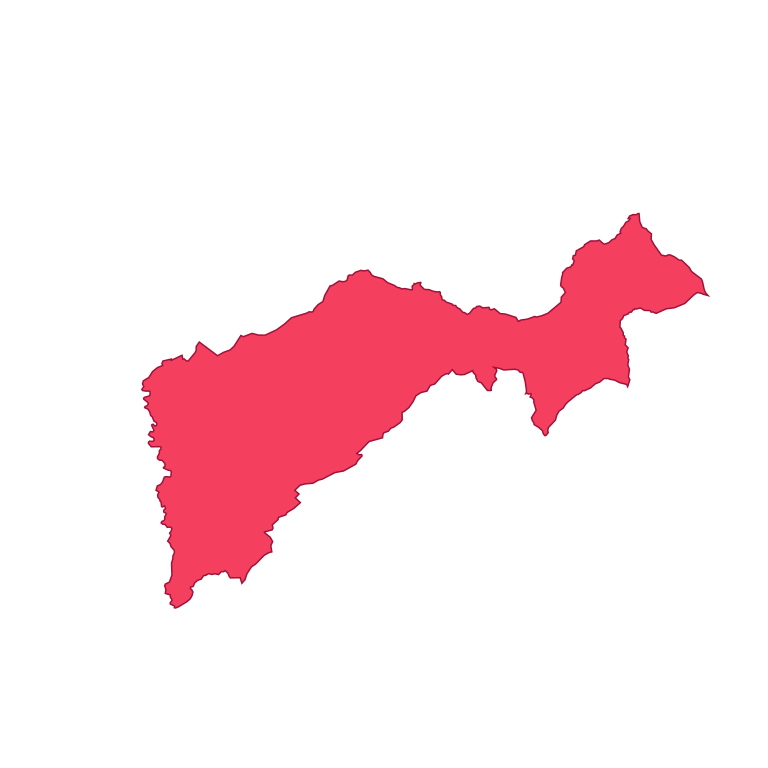 the district of Zabala, Covasna, Romania, rotated 318°
{"feature_id": "2599482B30667106455324", "entity_name": "Zabala", "entity_type": "district", "adm_level": 2, "iso_a3": "ROU", "parent_name": "Romania", "parent_adm1": "Covasna", "projection": "albers", "projection_center": [26.222, 45.876], "detail": "fine", "context": "isolated", "style": "filled", "palette": "rose", "viewbox_px": 768, "rotation_deg": 318, "n_neighbors": 0, "source": "geoboundaries", "source_scale": "gbopen_adm2", "svg_char_len": 6151}
<svg xmlns="http://www.w3.org/2000/svg" viewBox="0 0 768 768"><g transform="rotate(318 384 384)"><path d="M78.5,409.9L79.2,411.0L82.3,412.1L91.8,413.9L96.4,414.0L100.0,412.7L102.8,410.7L103.5,408.1L103.2,406.5L104.5,405.5L106.7,406.8L110.0,405.2L114.1,405.2L117.7,406.7L121.6,405.7L123.7,407.0L126.7,407.5L128.7,410.4L131.2,411.7L133.5,414.9L137.6,414.6L139.2,416.2L141.1,416.4L141.4,420.0L140.1,423.9L140.1,425.3L147.5,431.7L145.0,437.0L149.6,436.5L155.2,433.3L163.2,431.2L168.2,431.9L180.2,431.1L185.9,432.4L188.3,433.7L191.7,428.4L195.8,426.6L196.9,421.7L195.8,414.8L196.1,413.9L203.3,417.6L205.1,416.8L206.8,413.9L214.5,413.9L216.4,412.5L223.5,415.6L226.0,414.6L233.7,416.1L242.5,416.2L241.9,409.3L247.2,408.9L246.6,403.3L253.7,403.0L258.6,405.5L264.8,410.2L271.2,411.6L274.4,413.4L288.3,417.0L295.8,421.6L309.4,424.7L313.2,423.3L319.5,422.8L320.2,421.5L318.0,419.8L317.3,417.4L322.0,417.7L334.5,416.8L346.9,423.0L349.7,420.6L351.5,420.2L355.6,422.0L359.3,421.4L362.6,422.6L370.2,423.5L373.6,422.8L378.4,417.2L381.0,418.0L386.7,418.2L393.7,416.6L399.8,414.1L405.8,415.1L411.2,418.0L417.5,416.0L421.8,418.0L431.9,416.8L436.5,417.8L438.4,419.1L438.5,419.7L444.3,419.0L444.2,425.1L447.5,428.8L450.2,430.8L458.9,433.5L458.0,435.1L458.1,438.7L456.3,441.4L455.5,444.9L457.1,448.3L456.5,458.0L458.7,460.1L459.4,460.5L461.2,458.4L465.8,456.1L470.7,456.0L471.2,455.0L471.1,453.2L472.2,451.6L476.7,449.6L477.4,448.3L476.9,445.3L479.8,448.9L482.4,453.7L491.1,460.6L493.0,463.3L493.0,466.4L494.6,468.1L494.6,469.0L490.5,476.8L486.0,483.5L484.3,485.4L482.8,486.0L484.0,486.6L484.7,488.3L486.7,489.5L486.0,490.6L483.9,491.4L484.9,493.5L484.8,496.2L483.2,497.6L479.5,505.3L471.0,507.8L469.8,510.4L469.4,513.0L468.4,514.7L469.8,519.2L470.5,524.6L469.0,527.9L469.1,530.2L470.1,530.6L473.6,530.0L474.5,528.2L476.9,526.4L487.3,525.5L491.5,522.8L495.9,521.3L501.2,521.8L505.2,520.6L509.0,520.4L520.1,520.9L521.3,521.7L525.0,522.2L527.1,521.8L528.4,523.1L534.7,525.1L541.4,525.3L545.5,526.9L551.1,527.1L554.4,530.1L554.9,531.5L558.0,535.4L560.0,540.7L564.0,546.6L563.3,549.0L569.6,545.3L570.3,542.3L576.2,537.4L578.0,532.8L582.1,529.7L582.6,527.9L584.4,526.6L585.8,522.6L589.6,520.5L589.5,516.3L593.9,512.6L593.6,510.6L594.8,509.4L594.4,507.9L596.1,506.0L597.5,500.9L597.4,499.5L602.0,495.1L605.1,495.0L607.8,493.6L612.5,495.3L614.3,494.9L616.0,496.1L619.0,495.5L619.9,496.2L621.0,496.0L621.5,497.0L624.9,498.8L625.8,499.9L626.7,503.5L630.8,507.4L630.6,509.3L632.0,510.4L633.5,513.6L644.1,517.0L650.9,521.7L661.5,525.4L674.0,525.1L677.9,525.6L680.6,529.0L681.1,530.6L684.0,535.1L684.0,531.5L685.1,528.1L689.1,521.2L690.1,518.4L687.8,506.1L688.8,501.9L688.0,491.1L686.2,489.4L684.9,483.8L683.2,479.8L681.8,478.4L678.9,477.3L676.4,473.8L677.9,461.1L679.3,455.2L683.2,451.4L682.5,447.0L682.7,443.9L680.9,441.0L680.8,440.1L682.7,434.5L687.6,428.0L686.9,427.3L684.6,426.9L682.5,424.8L679.1,423.5L676.2,424.4L677.6,425.7L675.3,426.5L671.9,425.7L667.4,427.1L664.6,427.1L661.2,428.9L660.8,430.4L656.8,429.3L653.1,430.5L650.0,429.4L645.8,429.4L641.5,427.7L640.8,426.1L640.3,421.1L637.5,419.8L633.2,415.9L626.4,414.7L624.2,415.6L616.1,413.7L612.4,416.3L610.6,415.3L607.9,417.2L607.9,419.3L607.4,420.1L603.7,421.8L603.3,421.2L601.1,421.9L597.2,420.2L591.3,420.7L590.1,422.1L587.6,423.5L581.5,428.6L581.0,429.9L581.4,432.8L580.0,437.4L573.9,438.1L570.2,441.7L553.2,441.1L546.6,438.7L542.0,436.2L541.3,434.7L533.9,431.7L528.6,428.1L525.7,427.3L526.6,422.8L521.2,413.5L517.4,409.3L516.4,402.0L513.0,400.4L512.5,398.8L513.3,397.9L513.1,397.1L508.4,393.6L507.3,390.2L504.7,388.4L503.0,388.8L501.1,387.7L494.8,388.7L492.4,388.0L491.7,384.9L490.5,383.4L490.6,378.8L489.4,376.1L489.8,373.7L488.0,371.6L488.0,369.9L485.0,364.8L484.9,362.3L483.7,360.6L484.0,359.4L485.2,357.8L485.6,355.4L487.2,353.4L486.8,352.3L485.3,351.4L482.4,347.7L480.7,344.1L477.3,340.7L477.0,334.9L477.7,334.0L479.1,333.6L479.2,333.0L476.7,331.3L474.2,330.5L473.6,329.5L472.5,330.2L470.4,330.1L468.4,332.7L467.6,332.7L463.4,327.1L460.7,325.1L460.1,323.2L458.2,320.5L457.8,318.0L454.5,311.1L453.6,305.1L448.4,297.0L447.8,294.5L448.4,291.8L448.3,288.7L444.9,286.7L442.9,284.1L437.5,281.8L433.4,281.9L431.1,279.8L429.8,279.6L426.0,282.1L424.2,281.9L422.1,280.7L419.5,277.4L411.7,276.2L409.5,275.0L399.3,278.5L393.8,281.8L388.0,280.9L382.1,281.6L379.8,282.7L378.6,282.3L376.6,280.2L374.0,279.6L359.5,272.8L350.8,272.9L340.6,271.9L328.4,268.2L323.5,263.7L319.8,258.1L311.1,254.7L310.1,252.2L297.8,255.6L292.3,255.7L285.9,253.1L279.2,251.6L274.8,229.2L269.5,230.5L267.1,233.2L264.6,234.3L253.8,235.9L252.6,234.5L252.3,231.6L251.1,231.0L253.1,227.5L241.6,224.1L241.6,223.5L242.5,223.1L235.2,219.0L232.7,220.1L231.9,222.1L226.6,220.2L220.4,219.9L213.5,221.8L207.3,220.6L204.6,222.3L203.8,225.2L200.4,226.0L200.2,227.3L202.4,230.1L204.9,232.2L204.9,233.2L203.7,234.8L201.8,235.9L197.0,233.6L195.9,233.7L195.3,234.5L196.1,239.7L195.6,241.1L193.4,241.7L191.4,240.8L190.3,241.4L191.8,244.9L191.1,248.1L189.5,251.3L189.8,253.4L188.2,257.7L189.0,259.9L188.9,261.2L187.5,262.4L186.3,262.4L185.6,261.7L185.5,259.4L184.3,258.9L183.5,259.7L182.0,264.6L180.1,264.9L178.6,263.0L175.1,264.1L175.6,267.3L176.7,269.6L175.9,271.9L173.8,272.0L171.5,269.6L170.1,269.6L169.2,270.6L169.0,274.9L175.5,280.6L176.0,281.7L174.8,283.0L172.5,283.2L170.6,285.2L166.8,286.6L165.8,287.9L166.1,290.2L168.1,292.3L167.9,296.3L166.5,298.6L164.3,298.4L163.9,299.1L166.2,304.1L167.4,305.4L167.3,306.8L163.9,310.0L162.5,309.8L160.3,307.2L158.5,306.2L153.9,308.6L150.5,309.2L147.5,308.0L143.5,310.4L144.4,313.8L141.5,315.0L140.1,317.2L140.2,319.4L139.3,321.0L139.3,322.6L136.7,326.2L137.1,327.2L139.3,327.7L138.6,330.2L136.1,330.4L134.8,331.4L134.6,332.3L135.5,333.6L135.3,334.9L132.3,335.9L130.5,337.9L128.8,338.3L127.2,337.5L125.4,338.1L125.7,340.0L127.4,342.1L127.0,345.5L129.6,347.4L129.8,349.3L127.0,351.1L125.0,351.3L124.1,354.1L118.1,356.0L118.3,359.4L116.9,362.2L116.8,367.4L115.0,369.4L112.3,370.4L110.2,372.5L106.1,375.1L98.6,384.1L92.0,387.6L87.8,386.4L86.1,387.0L84.5,390.7L81.3,393.3L84.0,397.6L82.5,399.7L82.3,401.7L81.6,403.0L78.8,403.5L77.9,404.5L79.7,408.5L79.4,409.4L78.5,409.9Z" fill="#f43f5e" stroke="#9f1239" stroke-width="1.5"/></g></svg>